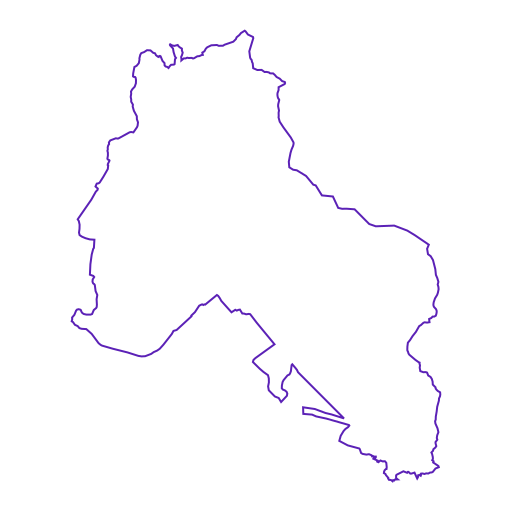 Bunesti, Vâlcea, Romania (Mercator projection)
{"feature_id": "2599482B20268372174714", "entity_name": "Bunesti", "entity_type": "district", "adm_level": 2, "iso_a3": "ROU", "parent_name": "Romania", "parent_adm1": "Vâlcea", "projection": "mercator", "projection_center": [24.207, 45.108], "detail": "fine", "context": "isolated", "style": "outline", "palette": "violet", "viewbox_px": 512, "rotation_deg": 0, "n_neighbors": 0, "source": "geoboundaries", "source_scale": "gbopen_adm2", "svg_char_len": 5944}
<svg xmlns="http://www.w3.org/2000/svg" viewBox="0 0 512 512"><path d="M417.2,478.5L417.9,477.3L418.2,475.2L419.3,475.0L420.7,475.8L421.0,475.0L420.7,474.0L421.0,473.6L422.7,473.5L424.4,474.0L426.1,473.4L428.4,473.5L429.9,472.6L431.8,472.4L432.8,471.9L435.5,468.5L438.8,467.2L438.4,466.0L433.2,462.5L433.6,461.3L432.2,460.2L432.9,459.0L432.8,457.0L432.1,454.0L431.4,452.5L433.0,450.8L433.4,449.2L435.4,447.5L436.3,446.1L435.6,443.5L435.5,442.1L437.3,439.7L436.8,438.0L437.2,435.3L438.4,432.2L437.5,428.3L435.4,423.5L435.1,421.2L435.7,419.6L435.8,416.6L436.7,411.3L437.2,406.8L438.9,400.6L439.0,398.5L440.0,396.3L440.3,394.4L440.1,392.3L437.8,391.0L436.5,389.7L435.7,388.6L435.5,387.3L432.8,384.6L432.6,381.6L431.8,378.9L430.5,376.9L428.2,375.5L427.1,372.6L425.8,372.1L423.3,372.2L420.3,371.1L419.7,367.7L420.0,365.3L419.5,363.6L419.6,362.6L418.8,362.3L415.3,359.8L409.3,354.7L408.5,353.5L407.9,351.4L407.4,350.7L407.3,349.4L407.4,346.5L407.9,342.7L410.1,340.0L412.5,336.2L415.9,331.9L419.2,326.1L420.9,325.1L423.4,322.8L424.6,322.3L427.1,322.6L429.5,322.2L429.1,319.0L431.3,318.0L432.6,316.6L434.2,316.6L435.8,315.7L436.4,313.8L436.7,311.9L436.6,310.6L436.0,309.1L434.0,306.9L433.5,305.7L433.4,304.3L433.7,302.2L435.0,298.4L437.2,294.8L437.9,292.7L438.6,289.2L438.4,286.9L437.7,284.5L438.4,281.9L437.3,278.1L435.9,274.9L435.3,269.1L433.0,260.1L430.7,256.2L428.0,254.2L427.1,248.8L428.8,244.7L415.0,235.3L407.3,230.6L394.2,225.6L375.8,226.3L369.2,224.0L354.6,209.3L346.3,208.7L342.1,208.8L338.2,207.9L332.9,196.5L321.9,195.4L315.7,185.4L313.3,184.7L306.1,176.0L296.8,170.3L293.1,169.7L289.3,167.3L288.8,161.7L290.5,153.0L291.5,149.6L293.1,145.9L293.6,143.7L293.5,142.4L290.8,137.5L283.5,127.5L279.7,121.7L278.5,117.2L278.7,116.2L278.6,112.7L279.0,110.6L278.1,106.2L278.2,104.3L279.2,100.2L279.1,99.4L278.3,98.6L277.7,96.9L277.4,94.9L277.5,93.1L278.6,90.0L278.6,87.2L284.7,84.0L285.1,83.0L284.8,82.0L282.1,81.1L279.8,78.7L276.6,77.0L274.8,74.9L273.1,73.4L270.8,73.4L269.8,73.2L268.9,72.4L266.5,71.9L264.6,72.0L261.6,69.9L257.3,70.0L253.2,68.2L252.7,63.3L252.0,61.9L251.6,59.9L250.5,58.6L250.1,57.5L249.3,51.3L253.3,38.1L253.0,37.0L247.9,34.5L245.6,31.4L244.7,30.7L240.9,33.1L239.5,34.9L236.6,37.3L235.9,39.1L233.3,41.7L224.6,44.7L223.0,45.7L218.7,45.8L216.9,45.0L211.3,45.3L207.2,47.3L205.8,48.7L204.4,51.3L202.3,52.6L202.8,54.9L201.7,55.0L199.4,56.1L197.3,56.3L194.1,58.2L193.0,58.5L191.8,57.9L188.7,58.0L187.2,57.7L185.6,58.4L183.8,58.4L181.4,60.4L181.5,58.7L181.2,57.9L181.2,56.7L181.9,55.4L182.7,52.7L181.9,50.5L181.9,48.6L180.0,47.5L178.4,46.1L177.7,45.0L174.2,45.9L171.9,45.3L170.2,44.3L169.9,44.8L170.1,45.4L173.0,48.5L173.6,52.1L175.0,56.6L176.0,57.9L175.0,59.2L174.6,64.1L173.9,64.6L171.1,64.8L169.7,66.2L168.5,68.0L167.2,66.9L165.6,66.5L164.6,65.4L164.5,63.1L162.5,60.9L160.6,56.3L159.9,55.9L159.0,56.2L158.7,57.0L157.9,56.7L156.0,55.2L155.0,53.3L153.2,52.8L150.5,50.4L147.0,50.2L144.1,52.1L141.3,53.1L140.3,54.7L139.4,58.3L139.5,59.7L138.8,63.2L136.6,65.8L134.4,67.0L133.2,73.3L133.0,76.3L133.5,76.8L135.1,77.0L135.6,77.7L136.0,79.9L135.9,83.3L134.7,86.7L132.2,89.4L131.0,91.5L131.2,93.7L130.7,96.9L131.2,99.4L131.2,101.7L132.9,104.6L132.7,106.6L133.9,110.8L136.8,116.2L136.9,119.3L138.0,122.3L137.6,125.7L137.0,127.2L133.4,132.4L131.1,132.0L129.6,132.3L118.7,138.3L117.9,138.6L115.8,138.3L110.3,140.4L109.1,142.1L108.9,142.5L109.1,144.1L108.2,145.4L107.7,147.3L107.8,149.5L107.4,150.8L107.9,152.7L107.9,155.6L107.4,158.6L107.7,159.4L109.3,160.2L109.5,160.7L107.9,163.9L107.7,165.0L108.2,165.4L107.8,169.0L103.4,176.7L99.7,182.5L98.6,183.3L96.8,183.6L96.5,184.1L95.5,186.5L97.8,188.6L97.6,189.8L95.8,191.7L91.3,199.7L77.7,219.3L78.8,221.0L79.6,224.7L79.5,228.9L79.0,232.6L79.6,235.1L82.0,236.7L85.5,238.2L89.8,239.4L94.4,239.7L93.9,247.9L93.2,248.9L91.7,254.6L90.4,264.2L89.9,274.7L93.3,275.9L94.2,277.0L92.7,279.4L92.5,281.7L93.0,283.1L93.5,283.7L94.2,284.1L94.8,285.0L95.6,291.1L97.3,295.0L96.6,299.2L96.9,304.7L96.7,307.0L96.2,308.0L93.8,310.0L92.1,314.0L90.6,314.6L86.4,314.6L83.8,314.0L82.3,313.0L81.3,311.5L81.0,310.3L80.4,309.7L78.6,309.2L77.0,309.6L76.1,310.6L74.4,314.8L72.1,317.5L72.2,319.3L71.7,321.3L73.0,322.1L74.9,324.8L77.7,326.1L79.4,328.1L81.6,328.8L86.3,329.1L91.7,333.9L98.6,343.2L100.7,344.9L102.0,345.6L112.7,348.7L127.4,352.4L138.4,355.9L141.6,356.4L145.2,356.2L151.2,353.9L153.7,352.1L157.1,350.6L159.7,348.8L163.4,344.7L171.8,334.0L173.5,330.9L176.6,330.0L191.5,316.3L191.3,315.6L194.9,312.2L199.2,305.7L201.6,304.5L202.4,304.4L203.3,305.0L204.4,304.4L205.2,304.6L216.9,295.0L218.2,295.9L219.8,298.2L221.3,300.9L231.5,312.3L235.3,309.8L236.8,310.6L238.3,309.9L239.9,309.6L242.3,313.5L244.1,313.6L246.1,314.3L248.9,313.9L250.2,314.2L256.7,322.7L274.5,344.3L255.4,358.1L253.5,359.9L252.9,362.0L259.7,368.7L263.4,371.9L268.0,375.2L268.8,378.4L268.9,382.4L268.1,386.4L268.8,390.3L274.9,396.5L278.7,398.0L281.1,402.0L286.9,395.8L287.3,393.6L286.6,391.8L284.9,390.4L282.9,389.6L281.8,388.3L281.9,385.5L282.6,382.0L283.6,380.1L287.5,375.4L289.4,374.5L290.2,373.1L290.9,371.2L291.6,365.1L292.3,364.3L295.3,367.8L297.0,370.0L298.0,372.2L344.0,418.4L331.4,414.4L325.5,413.0L314.8,409.0L303.1,407.3L303.3,413.9L312.1,414.6L316.1,416.4L326.4,418.6L348.9,425.0L349.3,425.6L348.0,427.2L345.5,428.9L343.6,431.0L340.7,435.8L339.3,440.9L347.8,445.4L359.3,448.5L359.8,449.2L361.1,453.0L362.6,453.9L366.4,454.6L369.0,454.2L371.4,455.2L372.0,456.3L372.7,455.9L374.2,456.6L375.8,456.6L375.8,457.3L375.3,458.0L373.5,458.1L373.3,458.7L377.6,460.6L377.2,461.6L378.4,462.2L380.4,460.5L383.0,461.5L383.9,461.2L385.0,461.3L386.3,462.9L386.7,467.1L386.5,469.0L385.8,469.1L384.7,470.2L384.1,471.5L383.9,473.1L385.4,473.9L386.0,475.2L388.3,477.9L388.1,478.5L389.1,479.9L389.8,479.8L391.1,480.1L392.6,481.3L393.2,480.1L394.2,480.5L395.0,479.5L397.7,479.4L396.1,478.1L396.1,475.6L396.5,474.8L403.4,471.3L407.1,472.8L407.8,471.9L408.5,471.9L410.3,473.6L411.4,473.6L414.5,472.6L417.2,478.5Z" fill="none" stroke="#5b21b6" stroke-width="2"/></svg>